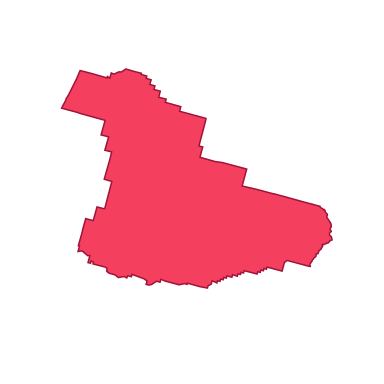 Douglas, Oregon, United States of America, rotated 15°
{"feature_id": "52423323B99607099033776", "entity_name": "Douglas", "entity_type": "district", "adm_level": 2, "iso_a3": "USA", "parent_name": "United States of America", "parent_adm1": "Oregon", "projection": "robinson", "projection_center": [-122.676, 43.322], "detail": "fine", "context": "isolated", "style": "filled", "palette": "rose", "viewbox_px": 384, "rotation_deg": 15, "n_neighbors": 0, "source": "geoboundaries", "source_scale": "gbopen_adm2", "svg_char_len": 3261}
<svg xmlns="http://www.w3.org/2000/svg" viewBox="0 0 384 384"><g transform="rotate(15 192 192)"><path d="M109.8,279.8L109.8,287.1L112.4,287.1L112.4,284.7L115.0,285.4L115.0,287.1L127.6,287.0L129.6,287.7L130.2,290.7L132.8,291.9L139.2,292.0L143.0,293.7L148.3,291.2L151.2,291.9L151.7,289.5L155.4,289.5L155.5,287.1L168.3,288.3L171.6,289.6L171.6,293.1L174.2,293.1L176.8,291.9L180.8,287.4L184.5,287.4L184.5,284.4L189.7,285.0L203.4,285.0L205.9,283.8L208.5,282.4L211.1,282.5L211.1,281.3L216.3,281.3L224.1,281.4L231.8,280.8L231.8,278.4L234.4,276.1L234.4,272.5L239.6,273.4L239.6,271.1L242.2,271.1L242.2,268.7L244.8,268.7L244.8,266.4L247.4,266.3L247.4,264.0L252.6,264.0L252.6,261.4L257.6,261.6L257.6,259.1L260.2,259.1L260.2,256.9L262.8,256.9L262.8,254.5L276.1,254.4L276.1,252.0L278.7,252.0L278.7,249.6L281.3,249.6L281.3,247.3L283.9,247.3L283.9,245.1L299.5,245.1L299.5,243.5L299.5,239.2L299.5,236.3L301.6,233.5L304.7,233.5L309.3,233.5L314.7,233.5L324.3,233.5L326.2,233.2L325.9,233.2L325.5,232.8L324.8,232.6L324.5,231.7L324.7,231.0L324.8,230.2L325.2,229.7L325.2,229.2L325.4,228.7L325.8,227.9L325.8,226.9L326.2,225.9L326.6,225.4L326.7,225.0L326.8,224.6L326.8,224.2L327.2,223.6L327.9,222.9L328.3,222.2L328.3,221.6L328.2,220.9L328.1,220.6L328.0,220.4L328.0,220.2L328.1,219.9L328.0,219.7L328.3,219.6L328.8,219.4L329.3,219.1L329.6,218.9L329.7,218.4L329.8,217.8L329.9,217.5L329.6,216.9L329.6,216.6L329.9,216.1L330.3,215.5L330.8,214.7L331.0,214.1L331.6,213.5L331.6,213.1L331.6,212.9L331.6,212.7L331.5,212.2L331.9,211.6L332.0,211.3L332.3,210.8L332.1,210.4L331.5,209.5L331.4,209.2L331.6,208.9L331.7,209.0L332.0,209.0L332.4,208.9L333.2,208.5L333.6,208.0L334.4,207.5L334.8,207.3L334.9,207.0L335.1,206.5L335.7,206.3L336.1,206.3L336.6,206.1L336.8,205.7L337.2,205.1L337.5,204.4L337.7,203.8L338.1,203.3L339.1,202.4L339.7,202.1L339.4,201.4L338.9,200.4L338.2,199.1L336.3,198.2L335.7,197.4L335.6,196.8L335.6,196.0L335.9,195.2L336.4,194.7L336.7,194.3L336.6,193.8L336.0,193.1L335.1,192.7L334.8,191.9L335.1,191.0L335.5,189.8L335.4,189.0L335.2,188.2L334.8,187.5L333.9,186.0L333.4,185.5L333.2,185.6L332.7,185.0L332.3,184.6L331.6,184.1L330.8,183.2L329.6,182.4L329.2,182.1L328.8,181.2L328.4,180.2L328.8,179.6L328.8,179.2L328.6,178.9L328.2,178.2L327.6,178.0L327.0,177.6L325.9,176.8L325.4,176.1L325.5,175.7L325.0,175.3L324.7,174.9L324.1,174.7L323.8,175.1L323.5,175.1L323.3,175.0L323.3,174.8L322.7,174.4L321.2,174.1L320.0,173.5L319.6,173.4L319.2,173.1L319.3,172.9L319.3,172.7L301.0,172.7L272.0,172.5L269.6,172.7L254.5,172.7L238.9,173.2L238.9,155.7L213.7,155.7L206.5,156.6L190.7,156.4L190.7,145.7L186.8,145.7L186.7,119.7L186.5,117.3L159.1,117.2L159.1,112.5L143.0,112.3L143.0,108.9L135.3,109.1L135.3,102.8L128.7,102.8L128.7,99.1L123.4,99.0L123.5,94.2L118.3,94.1L118.3,91.7L112.4,91.6L112.4,90.4L105.2,90.5L96.2,90.3L92.8,94.3L90.2,94.9L86.2,98.3L83.2,97.9L83.2,103.2L80.4,102.3L80.4,103.8L64.9,103.5L52.5,103.6L51.2,112.5L47.8,129.3L47.1,132.0L46.2,134.6L46.4,135.6L44.3,144.8L59.9,144.8L64.8,145.1L89.5,145.3L89.4,160.4L97.2,160.3L97.0,174.2L104.0,174.1L104.2,181.2L103.9,202.4L111.8,202.5L112.0,230.4L111.3,230.9L104.1,231.0L104.0,245.2L96.2,245.2L96.1,256.9L96.3,259.3L96.1,273.3L97.3,273.3L97.3,279.0L101.0,277.3L107.7,280.5L109.8,279.8Z" fill="#f43f5e" stroke="#9f1239" stroke-width="1.5"/></g></svg>